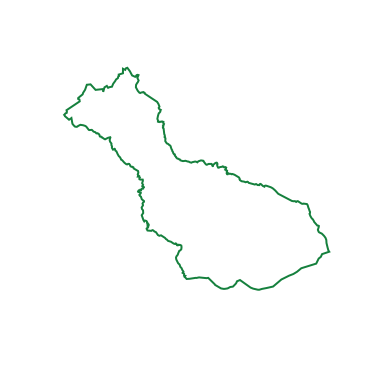 the district of Posaga, Alba, Romania, rotated 208°
{"feature_id": "2599482B27316510351450", "entity_name": "Posaga", "entity_type": "district", "adm_level": 2, "iso_a3": "ROU", "parent_name": "Romania", "parent_adm1": "Alba", "projection": "mercator", "projection_center": [23.36, 46.459], "detail": "fine", "context": "isolated", "style": "outline", "palette": "green", "viewbox_px": 384, "rotation_deg": 208, "n_neighbors": 0, "source": "geoboundaries", "source_scale": "gbopen_adm2", "svg_char_len": 6074}
<svg xmlns="http://www.w3.org/2000/svg" viewBox="0 0 384 384"><g transform="rotate(208 192 192)"><path d="M332.1,239.4L335.2,237.3L334.4,232.1L334.7,228.4L334.4,226.9L336.6,221.7L336.3,220.8L334.8,220.8L333.7,219.3L341.2,205.3L340.0,204.0L340.1,203.1L339.9,202.9L340.6,202.0L341.1,200.1L340.4,199.9L339.8,199.3L334.5,198.1L333.2,200.7L329.6,196.1L327.5,195.2L326.0,194.8L324.6,195.3L324.0,195.8L323.5,196.9L322.1,198.9L319.6,199.8L317.5,200.2L316.1,200.1L312.3,198.4L311.5,198.6L309.7,199.8L309.4,199.8L307.3,199.1L305.4,199.4L304.0,198.9L303.4,199.1L302.9,199.6L302.1,199.4L301.8,199.5L300.8,199.2L300.0,198.3L299.4,197.8L298.4,198.2L297.6,197.8L297.1,198.1L296.5,197.9L294.7,197.7L293.5,197.7L291.6,200.4L289.9,202.0L289.7,201.9L289.1,199.2L288.1,198.1L287.5,197.7L285.9,197.0L285.2,195.6L284.0,194.7L283.8,194.0L283.3,193.3L281.6,192.3L280.6,193.8L280.2,193.7L279.1,192.6L277.8,192.4L275.5,190.6L273.5,189.3L272.2,189.0L270.8,188.2L269.8,187.3L268.6,187.3L265.4,186.1L263.1,185.7L262.2,185.9L261.6,186.9L260.6,187.3L259.4,186.7L258.3,185.8L256.6,186.0L256.4,186.3L255.8,186.3L255.2,186.2L254.6,185.4L249.5,185.2L249.1,184.8L249.0,184.5L248.4,183.8L248.2,182.1L247.4,181.5L247.1,180.2L246.8,180.4L246.7,181.4L246.1,181.3L245.8,180.5L244.9,180.4L244.9,179.4L244.4,178.6L243.5,178.7L241.3,179.8L240.6,178.8L240.2,176.4L238.5,175.3L238.7,173.8L238.3,173.5L236.9,173.8L236.7,173.6L237.0,173.1L236.7,172.1L237.8,171.2L238.2,170.3L237.9,169.8L238.9,169.5L238.9,168.9L239.8,168.4L239.9,167.1L239.4,166.8L237.1,167.5L236.8,167.3L236.7,166.6L237.1,164.7L236.3,164.2L234.9,163.9L232.9,162.0L230.2,161.5L229.8,160.9L230.3,159.6L230.2,158.4L229.6,158.0L229.0,157.2L229.2,154.7L228.2,153.5L226.6,152.8L225.2,150.5L225.5,147.9L221.6,144.3L220.5,143.7L220.5,144.3L220.2,144.7L218.6,145.0L217.6,144.4L217.3,143.7L216.4,143.6L216.4,142.9L216.2,142.9L215.1,143.0L214.7,142.6L215.4,141.4L215.4,141.1L214.8,140.7L214.3,140.7L214.2,139.9L214.9,138.7L214.9,138.3L214.7,138.1L213.2,137.1L209.7,138.6L209.1,139.7L208.3,139.9L206.6,139.5L204.9,139.6L201.9,138.0L200.3,138.0L199.0,139.2L194.3,138.8L192.8,138.2L191.8,138.2L190.2,137.6L187.2,138.2L184.8,137.9L183.4,137.9L182.5,138.2L182.3,138.9L181.6,139.0L180.3,138.0L180.1,138.0L179.8,138.5L179.4,138.4L179.1,138.6L178.9,138.8L178.8,139.3L178.1,139.4L177.6,139.7L176.3,139.7L175.4,138.5L174.6,136.5L174.9,135.0L175.6,134.1L175.4,131.4L175.2,130.5L175.2,129.1L175.5,128.1L175.4,127.0L175.3,126.5L174.4,125.3L174.0,124.9L170.8,122.6L168.9,122.1L167.1,120.4L165.5,119.9L163.8,118.5L162.4,117.8L162.0,117.5L162.3,116.2L160.5,116.0L159.9,115.0L159.8,114.5L158.7,114.7L158.8,114.4L158.6,114.2L158.8,113.6L158.7,113.5L158.1,113.5L155.9,112.7L153.3,114.3L148.6,117.8L147.6,118.3L145.7,119.9L138.6,122.8L137.4,123.8L128.6,121.2L128.0,120.8L121.1,120.5L118.6,121.3L117.4,122.0L115.3,123.6L113.6,126.1L111.5,127.6L111.3,128.1L110.3,131.6L110.2,132.9L110.4,134.2L108.3,136.8L95.4,135.1L92.6,135.4L88.1,136.6L86.7,137.3L84.7,139.3L81.1,142.2L76.0,146.6L72.0,156.7L67.0,163.7L64.0,167.2L61.8,170.9L59.7,176.0L48.7,187.1L48.9,192.7L47.8,195.2L48.0,198.2L42.8,203.7L44.1,204.4L46.3,206.7L49.3,210.1L50.9,212.7L52.6,214.2L54.9,215.3L57.8,216.2L59.9,216.1L60.9,216.1L61.6,216.4L63.1,217.7L63.7,220.8L64.1,221.6L64.6,221.6L65.6,221.2L70.2,223.0L70.7,223.5L72.5,224.6L73.8,224.9L76.0,226.2L78.0,227.9L77.9,228.7L78.4,229.8L79.0,230.2L81.2,232.3L81.8,232.7L83.7,234.7L84.9,235.3L88.1,234.1L88.5,233.6L89.7,233.2L94.2,233.6L94.8,233.3L95.3,232.2L95.8,232.1L96.4,232.3L97.1,232.1L97.8,231.6L99.5,231.0L115.0,230.9L119.2,232.4L122.1,233.1L123.3,233.2L124.7,233.2L129.0,232.5L129.8,232.3L130.4,231.9L130.7,231.5L130.6,230.7L132.2,230.6L134.8,231.3L135.5,231.2L135.9,230.6L135.8,229.7L137.2,229.0L139.2,229.1L140.0,228.1L146.2,226.7L147.2,227.1L147.9,227.1L149.2,225.8L150.9,225.6L153.2,224.8L155.3,225.0L155.9,225.8L156.2,225.8L156.4,226.3L157.4,226.9L162.6,227.2L164.7,226.9L165.3,226.3L166.2,226.3L167.6,225.6L168.6,225.6L168.8,224.4L169.4,224.2L170.2,224.8L170.4,225.4L170.4,226.0L171.1,226.6L170.9,227.1L171.0,227.3L173.1,227.3L172.9,228.4L173.3,229.1L173.3,229.6L174.1,229.7L175.0,228.9L175.9,228.9L176.1,229.2L177.0,229.0L177.4,228.3L178.9,227.2L179.8,226.0L180.4,225.8L182.0,227.0L182.7,228.0L182.6,228.6L183.3,229.3L183.9,229.5L184.3,229.3L185.0,228.5L185.7,226.7L186.0,225.6L185.7,224.7L185.8,224.6L186.3,224.7L187.6,225.9L188.1,225.9L190.5,224.6L191.7,223.0L192.7,222.9L195.2,224.0L196.6,224.9L197.3,224.5L197.6,224.6L198.9,224.1L200.8,222.1L201.2,220.7L202.4,220.7L203.5,220.4L205.8,218.4L206.3,217.6L208.2,217.2L209.2,217.3L210.1,216.9L212.4,216.5L214.2,215.2L214.9,214.9L217.2,214.5L217.9,215.0L218.9,214.8L219.5,215.0L220.6,214.6L222.3,215.1L222.5,215.5L224.3,216.1L224.6,216.9L225.1,217.2L225.8,217.0L226.8,217.5L227.4,218.3L228.4,218.7L229.2,219.7L229.8,219.9L231.8,221.7L232.2,222.3L233.2,222.8L234.2,222.8L235.3,223.2L237.1,223.1L239.4,224.3L240.2,225.8L240.3,226.4L241.1,227.3L241.8,227.4L242.1,227.8L242.0,228.4L243.2,229.8L243.6,230.0L246.8,234.6L247.3,234.7L247.6,235.1L247.9,235.2L248.1,235.5L247.9,235.8L247.9,236.0L248.4,236.6L248.4,236.9L248.8,237.2L248.5,237.6L248.7,238.1L248.6,238.4L248.7,238.6L248.7,238.9L249.2,239.0L249.7,239.4L249.6,239.6L250.0,240.0L250.2,240.5L250.9,240.2L251.4,240.3L252.0,239.9L252.3,239.4L252.8,239.3L253.3,238.7L253.6,238.8L254.3,238.2L255.1,238.1L255.5,239.1L256.9,240.3L257.8,243.3L258.3,245.9L257.9,246.8L257.7,248.1L258.2,249.0L258.1,249.8L259.9,249.9L260.9,250.6L260.8,252.1L263.0,254.0L265.1,255.2L279.5,256.6L280.3,257.3L280.9,257.4L281.5,257.0L282.0,257.3L283.7,255.8L284.2,255.1L285.1,255.0L287.4,255.9L290.7,258.1L291.7,260.4L291.6,262.6L291.4,263.2L291.5,265.4L293.6,266.9L293.9,267.8L294.1,270.1L294.9,270.0L295.6,269.4L295.9,268.7L295.9,267.2L296.3,267.0L299.6,266.8L303.6,269.5L307.4,271.3L308.4,270.2L308.3,268.5L310.8,268.4L308.7,264.4L311.8,261.3L310.9,260.2L311.4,259.6L310.9,257.7L311.9,255.7L311.9,254.0L312.4,250.6L312.1,247.4L314.0,245.9L315.0,244.6L317.0,245.7L318.4,243.3L317.4,238.7L318.3,240.1L319.2,240.9L325.1,236.9L332.1,239.4Z" fill="none" stroke="#15803d" stroke-width="2"/></g></svg>